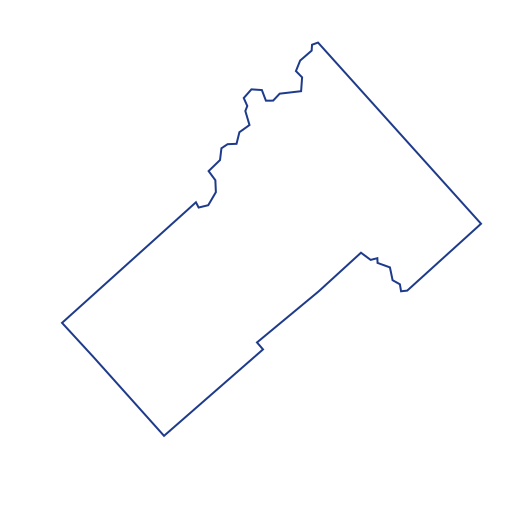 Hinsdale, Colorado, United States of America, rotated 48°
{"feature_id": "52423323B80140634274819", "entity_name": "Hinsdale", "entity_type": "district", "adm_level": 2, "iso_a3": "USA", "parent_name": "United States of America", "parent_adm1": "Colorado", "projection": "robinson", "projection_center": [-107.379, 37.785], "detail": "fine", "context": "isolated", "style": "outline", "palette": "blue", "viewbox_px": 512, "rotation_deg": 48, "n_neighbors": 0, "source": "geoboundaries", "source_scale": "gbopen_adm2", "svg_char_len": 700}
<svg xmlns="http://www.w3.org/2000/svg" viewBox="0 0 512 512"><g transform="rotate(48 256 256)"><path d="M328.1,444.7L330.1,313.3L320.9,313.1L324.2,233.2L323.8,175.8L335.6,173.4L338.8,167.3L342.5,170.3L354.1,164.1L365.4,170.7L373.3,168.0L379.3,171.8L382.9,166.8L382.6,67.2L138.9,67.1L136.5,73.0L140.6,77.2L140.3,92.4L145.3,102.6L154.1,102.2L163.7,112.2L151.2,129.8L152.0,139.3L147.2,144.7L136.6,140.6L129.1,147.9L130.4,159.4L138.7,162.1L141.1,166.9L154.3,173.2L152.9,185.5L159.6,195.4L153.9,202.3L152.8,209.6L160.6,218.5L161.2,234.4L172.5,235.5L181.7,243.1L186.3,257.5L181.6,266.2L175.9,264.7L175.9,331.8L175.9,444.9L221.8,444.4L328.1,444.7Z" fill="none" stroke="#1e3a8a" stroke-width="2"/></g></svg>